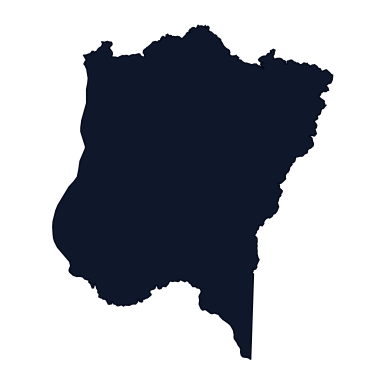 Los Lagos, Neuquén, Argentina (Albers equal-area conic projection), rotated 91°
{"feature_id": "61730980B98633333764723", "entity_name": "Los Lagos", "entity_type": "district", "adm_level": 2, "iso_a3": "ARG", "parent_name": "Argentina", "parent_adm1": "Neuquén", "projection": "albers", "projection_center": [-71.671, -40.754], "detail": "fine", "context": "isolated", "style": "filled", "palette": "ink", "viewbox_px": 384, "rotation_deg": 91, "n_neighbors": 0, "source": "geoboundaries", "source_scale": "gbopen_adm2", "svg_char_len": 5823}
<svg xmlns="http://www.w3.org/2000/svg" viewBox="0 0 384 384"><g transform="rotate(91 192 192)"><path d="M103.0,59.8L102.7,61.2L101.4,61.1L100.3,61.7L99.1,61.3L98.4,61.8L96.7,64.6L94.5,67.1L92.4,65.3L90.6,65.2L90.3,64.0L88.7,62.6L89.2,61.3L89.0,59.4L87.9,58.4L87.8,57.4L85.7,57.9L83.5,60.0L81.5,58.2L80.5,55.2L77.3,53.8L72.7,53.5L72.0,55.3L71.1,55.8L67.7,59.6L67.6,60.1L69.3,64.0L68.6,65.1L66.8,65.8L65.8,68.6L64.5,69.1L62.7,71.6L63.1,74.1L64.5,76.0L63.4,76.8L62.5,78.7L61.5,79.0L61.7,80.2L61.1,82.3L62.9,84.7L63.0,86.5L61.5,87.8L61.3,88.6L61.8,89.5L60.7,90.8L60.1,92.7L58.5,94.5L58.5,95.8L59.3,97.4L59.6,98.8L60.1,99.2L61.9,98.8L62.4,99.4L62.4,100.9L59.8,101.0L59.3,101.8L59.1,103.2L57.5,104.7L56.9,106.7L57.1,109.5L57.6,110.7L57.6,112.8L56.2,112.9L54.8,113.7L52.7,112.4L50.8,112.3L48.8,111.6L48.0,113.2L48.9,114.4L49.5,115.9L50.8,115.7L52.0,116.4L52.6,118.8L54.3,119.7L55.0,120.8L55.0,122.6L55.5,124.2L57.2,126.7L58.4,127.6L59.4,127.3L60.7,125.6L61.6,123.7L61.8,125.0L63.2,125.5L68.2,121.8L64.8,127.0L64.7,128.4L63.1,129.8L63.0,132.0L64.0,134.5L63.5,135.5L62.3,139.5L62.4,140.5L62.1,141.8L60.8,144.1L59.4,145.4L59.0,148.4L58.4,148.5L56.9,147.7L55.6,149.7L54.8,150.2L55.5,151.7L55.2,152.5L55.6,153.5L55.2,155.9L53.4,157.2L51.9,156.7L50.0,157.2L49.1,158.1L48.1,160.3L45.3,163.2L42.6,164.5L40.9,165.8L39.0,166.2L37.7,168.0L37.4,169.7L35.9,169.9L34.7,171.1L34.6,172.6L31.7,175.7L31.7,176.6L30.3,178.5L27.2,177.9L26.1,179.0L26.7,180.0L27.6,180.4L25.6,181.6L26.8,182.8L25.8,185.4L26.2,187.7L25.4,188.8L26.2,189.4L27.4,188.5L28.1,189.1L27.8,190.1L28.4,190.5L28.6,191.2L27.7,192.8L27.6,193.6L28.1,194.9L28.9,195.4L29.4,196.6L30.8,197.6L32.6,196.9L32.4,198.3L32.7,199.0L33.5,200.1L35.9,201.1L36.3,202.1L38.4,203.7L38.9,204.8L38.8,205.5L37.2,207.4L36.9,208.5L36.8,209.5L37.2,210.8L36.9,213.7L37.6,214.6L36.1,215.5L35.9,215.9L36.4,217.7L34.8,219.0L35.5,219.8L35.5,220.4L37.4,220.5L38.1,221.3L38.0,222.5L37.4,222.9L37.1,223.8L38.0,225.0L39.0,225.2L39.6,225.9L41.0,225.9L41.6,227.0L41.5,228.0L43.1,229.1L42.2,230.9L42.9,233.6L45.0,235.2L48.0,238.6L48.4,239.6L49.2,239.9L50.1,241.5L51.4,242.8L53.7,243.1L54.4,242.2L56.8,241.5L57.7,241.6L58.0,242.1L57.9,243.7L57.2,245.3L55.2,246.7L54.8,247.5L56.0,251.5L55.8,253.5L56.6,255.9L57.7,257.5L56.8,258.7L56.7,260.9L57.4,262.2L56.8,263.4L57.0,264.1L59.2,268.8L58.6,270.7L58.6,274.2L57.4,274.7L55.4,274.1L53.4,274.4L49.4,277.5L46.6,275.1L45.8,274.6L44.6,274.8L43.8,275.3L43.5,277.7L43.0,279.2L44.0,282.4L43.6,283.6L43.6,284.7L45.4,283.8L47.2,284.5L48.8,285.5L49.5,287.0L50.7,288.3L52.7,289.5L54.1,291.7L54.2,292.1L53.2,292.9L53.2,294.3L54.7,295.2L55.1,296.0L56.0,296.6L55.9,297.6L56.8,299.6L57.3,302.6L61.9,299.8L63.5,301.1L65.7,302.1L66.2,302.0L67.8,300.5L69.3,300.2L70.2,299.4L80.1,297.6L85.0,298.0L91.2,299.1L104.9,298.8L122.1,303.3L129.2,304.1L133.5,304.1L148.6,299.1L150.7,299.4L163.1,304.4L172.1,305.5L179.0,306.8L183.9,310.3L189.2,315.0L207.7,325.7L212.8,327.7L224.1,330.3L229.4,330.5L236.3,330.0L240.4,329.5L243.9,328.4L249.6,325.4L263.7,313.0L267.9,311.9L271.9,313.4L273.2,313.3L274.4,312.6L277.3,309.2L278.4,305.5L278.1,302.8L278.7,299.6L280.7,297.8L281.9,293.6L282.4,293.3L283.9,293.5L285.6,291.5L289.6,290.0L289.5,288.9L286.0,288.1L285.5,287.3L287.5,286.1L290.0,285.5L291.8,284.2L294.1,284.3L295.5,282.8L298.4,283.2L299.2,281.7L299.7,279.8L300.6,278.9L300.4,277.7L301.1,276.3L301.9,275.5L305.4,273.7L305.6,272.9L305.1,270.6L304.0,270.6L303.0,270.0L305.3,268.0L305.4,266.5L306.7,265.0L307.0,264.2L306.6,262.4L305.8,260.9L307.1,258.4L306.1,257.0L306.3,252.4L305.6,251.5L304.9,249.4L304.8,246.4L303.0,244.9L300.5,244.2L300.9,243.0L301.8,242.9L302.3,242.4L302.8,240.8L302.6,240.1L302.4,239.7L300.4,239.5L299.8,238.9L299.8,237.5L298.9,236.6L298.7,234.9L295.9,231.5L295.0,231.2L294.2,232.1L292.5,232.7L290.9,232.3L289.4,228.2L288.4,227.2L286.9,227.2L286.3,226.7L286.3,224.9L288.8,224.1L289.4,223.1L288.8,221.2L286.3,219.8L286.9,218.1L286.9,216.5L284.0,214.2L281.4,212.9L281.3,211.8L281.7,209.6L281.1,208.1L281.7,204.2L281.3,203.4L279.9,202.8L280.1,201.2L281.7,197.6L280.8,196.4L281.0,194.5L281.5,193.7L282.8,193.1L283.8,191.5L286.5,189.5L286.3,186.9L287.7,185.3L288.0,182.8L289.1,181.6L291.6,180.8L296.2,183.0L300.4,182.3L303.9,182.8L308.3,180.9L309.7,179.5L309.6,178.2L309.0,177.2L309.2,176.3L312.9,171.2L313.2,170.1L312.6,167.8L312.6,166.7L313.0,166.1L313.8,163.0L315.8,161.8L318.8,158.8L322.1,153.8L324.6,150.9L329.4,148.1L334.2,147.1L336.2,147.3L338.0,147.0L341.3,144.5L344.7,142.8L346.1,141.4L348.6,140.3L351.2,140.5L354.2,139.8L355.6,138.6L356.0,137.6L356.4,133.6L357.4,131.1L358.6,130.5L273.0,129.2L271.4,130.8L270.0,129.6L267.6,129.3L268.2,127.8L266.9,126.4L265.8,126.0L264.0,126.3L258.5,123.9L256.4,125.1L251.7,126.2L250.7,125.9L246.6,126.4L244.9,126.1L242.0,126.5L240.8,126.1L237.0,126.3L234.5,128.8L234.0,128.8L231.6,127.2L229.1,126.7L228.2,125.3L224.8,124.5L224.2,124.0L223.9,123.2L224.5,121.2L222.4,119.8L221.0,120.0L218.4,118.7L217.2,117.5L216.0,115.4L216.5,114.1L216.3,113.4L214.9,111.6L212.5,110.5L212.0,108.7L209.9,107.0L205.3,105.2L201.1,106.7L199.6,105.9L196.0,105.1L194.8,104.2L194.5,103.5L193.7,103.2L192.0,103.4L191.3,102.4L189.4,101.8L186.6,104.7L185.6,105.1L184.7,104.7L181.7,105.5L181.8,104.0L181.1,102.6L177.4,98.9L176.8,98.8L175.9,99.3L175.2,99.0L173.4,99.2L171.4,97.8L170.8,97.8L170.4,96.4L169.2,96.1L168.4,95.3L165.3,94.8L162.8,92.5L161.3,93.1L160.9,92.6L160.7,91.2L159.2,89.8L155.3,89.1L154.2,84.5L154.1,82.3L153.1,81.1L152.2,80.8L150.9,77.8L149.9,77.3L148.7,77.6L146.7,76.3L146.0,74.3L143.7,71.8L141.8,71.5L138.0,72.8L136.3,73.0L134.9,74.3L134.3,75.6L133.2,74.4L133.2,72.8L133.8,70.7L131.6,68.8L127.1,70.3L126.4,70.1L125.6,69.0L123.2,68.5L121.2,69.6L120.1,70.8L119.2,71.0L118.0,70.1L116.7,68.0L116.1,67.7L113.9,68.3L113.2,67.9L112.2,65.8L111.4,65.2L106.9,64.2L106.3,63.2L106.2,62.3L103.0,59.8Z" fill="#0f172a" stroke="#020617" stroke-width="1.5"/></g></svg>